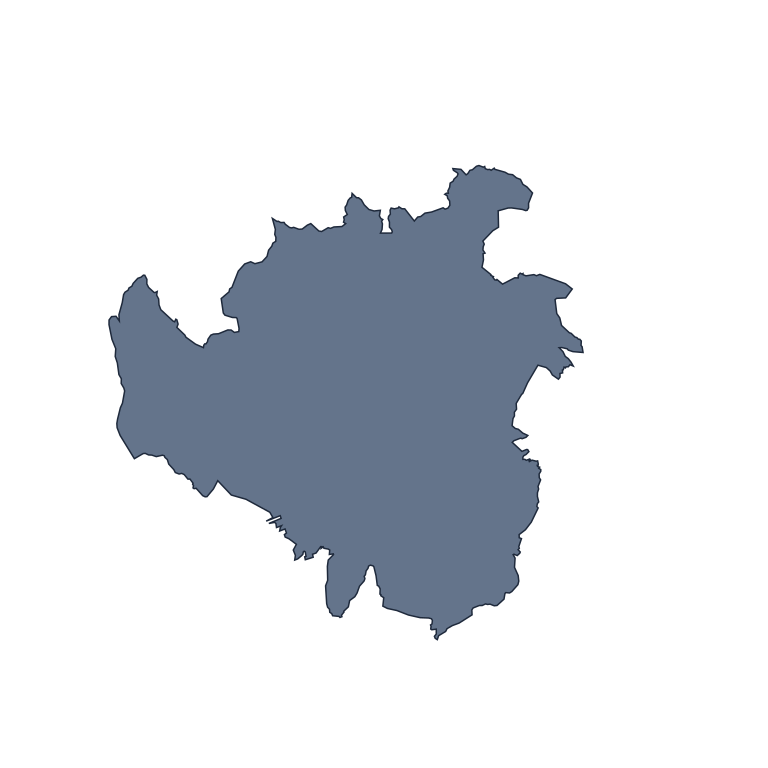 Aquixtla, Puebla, Mexico, rotated 49°
{"feature_id": "50627088B80645890031295", "entity_name": "Aquixtla", "entity_type": "district", "adm_level": 2, "iso_a3": "MEX", "parent_name": "Mexico", "parent_adm1": "Puebla", "projection": "albers", "projection_center": [-97.929, 19.78], "detail": "fine", "context": "isolated", "style": "filled", "palette": "slate", "viewbox_px": 768, "rotation_deg": 49, "n_neighbors": 0, "source": "geoboundaries", "source_scale": "gbopen_adm2", "svg_char_len": 6170}
<svg xmlns="http://www.w3.org/2000/svg" viewBox="0 0 768 768"><g transform="rotate(49 384 384)"><path d="M435.8,179.6L427.5,181.2L403.5,194.5L402.3,197.9L399.8,199.1L395.5,205.9L392.8,207.3L391.8,206.6L391.6,207.7L389.7,208.5L390.0,211.4L392.0,213.1L389.6,215.7L386.4,229.0L379.2,230.2L379.3,231.1L378.0,232.1L374.8,231.8L374.7,231.0L372.1,232.1L371.6,231.5L360.2,233.5L355.6,227.5L350.7,223.8L351.5,221.9L347.8,221.4L345.5,219.1L344.2,216.6L341.0,215.6L339.7,201.4L340.8,194.7L328.2,184.2L332.6,174.9L334.7,172.3L343.1,165.0L346.1,163.3L346.8,162.0L345.9,159.3L342.4,156.3L337.3,146.6L329.0,146.8L324.5,148.2L319.1,146.8L315.3,148.8L310.4,149.6L307.3,152.4L303.6,153.7L294.7,159.5L293.4,159.2L293.0,162.9L291.3,163.5L290.2,165.1L287.9,166.3L285.9,165.3L285.5,166.8L281.4,169.0L280.3,171.4L280.3,176.7L279.1,179.0L280.2,182.7L280.0,184.8L272.5,185.1L266.6,190.7L268.3,191.4L272.8,190.1L274.0,190.3L275.2,192.5L275.3,196.7L276.3,198.8L275.8,202.3L278.6,205.4L280.2,209.1L282.2,210.3L280.9,211.8L280.7,213.7L283.4,212.8L285.6,214.1L288.9,214.4L292.3,217.0L293.2,220.4L292.1,223.2L289.8,223.8L285.4,235.3L281.9,241.0L281.7,246.4L280.1,249.0L280.9,254.2L265.4,253.4L263.5,255.5L260.1,256.5L260.5,257.5L258.7,261.1L255.9,263.2L256.8,265.4L260.0,267.8L260.5,270.6L262.0,272.4L265.3,273.6L269.2,277.0L272.5,277.0L274.6,277.9L275.1,279.2L267.8,287.7L266.1,284.1L262.1,280.1L259.6,279.0L259.1,277.0L257.1,277.8L254.1,277.2L250.5,272.8L246.9,278.0L242.4,280.9L235.8,281.4L230.3,280.3L226.8,281.0L225.4,282.5L219.2,283.0L221.9,286.0L221.4,287.4L221.9,290.6L224.4,294.8L225.0,297.3L227.8,299.4L232.0,300.5L231.5,304.9L234.0,306.3L235.3,308.4L237.8,307.7L237.6,312.4L232.6,318.8L231.5,322.2L229.4,323.6L228.0,331.0L225.8,332.8L214.9,334.0L213.8,337.6L213.4,344.1L211.4,346.7L206.5,349.4L205.6,351.3L203.9,352.6L198.6,353.7L196.5,353.4L194.4,356.0L191.6,357.1L191.2,358.1L185.8,359.6L196.1,364.6L199.4,368.3L202.5,369.4L205.3,372.1L204.8,375.5L206.4,378.3L207.3,383.3L211.0,388.6L211.8,395.9L208.5,402.5L204.3,404.4L202.0,410.4L203.2,419.9L211.3,435.3L211.0,438.1L212.8,440.5L212.7,450.8L225.0,458.7L227.7,458.9L234.3,454.8L237.0,451.9L238.2,451.9L246.9,456.9L249.2,459.2L246.9,463.1L242.9,464.0L240.7,466.5L237.5,475.9L234.4,480.0L233.5,482.7L234.7,487.4L236.3,489.5L236.9,492.0L236.1,493.0L236.5,494.6L238.1,496.4L230.3,500.1L218.7,502.8L216.4,502.2L205.4,503.2L203.7,500.1L199.6,498.2L198.5,498.6L199.7,501.2L198.2,501.9L181.5,503.7L176.7,501.9L172.0,498.3L167.8,497.3L165.4,494.5L164.8,496.8L164.0,497.5L156.7,498.3L152.8,497.3L149.5,494.3L145.0,493.2L144.0,494.2L144.0,497.2L142.7,500.5L143.5,507.3L144.8,510.2L144.2,513.4L145.3,515.6L144.8,519.3L145.7,521.9L150.9,528.2L157.8,538.6L162.8,542.4L157.1,541.8L154.4,545.4L155.3,549.5L158.8,552.6L171.8,560.0L181.4,563.3L186.9,568.8L193.1,571.4L203.0,577.9L207.7,578.8L211.2,582.0L216.4,583.0L219.1,584.3L226.9,594.0L229.0,598.6L235.7,608.1L238.5,611.5L241.9,614.1L249.7,616.9L276.6,621.4L278.5,611.4L279.7,609.7L283.1,608.2L285.3,605.9L289.4,603.5L292.4,597.9L294.0,596.9L295.7,597.5L298.9,597.1L303.2,599.0L310.7,598.8L313.9,599.6L317.5,597.7L318.8,595.3L321.3,594.2L327.1,594.4L328.5,592.8L333.6,593.2L334.1,594.2L335.7,594.4L337.1,596.3L338.4,596.0L339.5,594.2L349.3,594.1L351.8,593.0L352.9,591.5L351.3,581.6L347.9,572.9L367.6,572.1L380.4,563.8L405.9,554.3L411.9,555.5L410.2,562.9L415.3,548.7L417.9,549.8L413.7,562.4L416.7,557.3L418.4,557.1L421.8,559.3L423.7,554.3L424.3,556.4L426.5,559.2L428.5,553.8L432.5,555.4L432.3,558.0L434.7,559.0L438.4,557.3L447.5,555.3L449.8,561.4L455.2,563.3L458.3,566.9L459.4,563.9L459.5,559.8L459.4,557.1L457.8,555.1L457.8,554.0L459.1,553.6L462.9,555.9L462.4,557.2L465.0,558.7L468.3,551.1L465.6,549.6L467.0,546.2L465.2,538.4L465.9,537.7L466.8,539.0L467.0,536.7L468.6,537.1L472.0,534.4L473.7,533.9L476.8,537.1L478.9,533.7L479.6,534.0L480.3,541.6L484.5,546.4L495.2,555.3L498.0,560.5L512.2,571.4L515.5,573.0L518.2,572.9L520.7,574.7L523.0,574.1L525.2,574.8L529.9,570.4L531.3,570.4L532.0,568.4L530.6,567.8L529.9,563.9L529.1,563.5L528.8,557.1L524.9,552.0L525.4,545.6L524.1,541.5L520.5,535.1L519.6,528.3L518.4,526.1L516.1,525.1L515.8,523.2L513.3,520.1L512.6,517.0L511.3,515.1L511.8,513.1L514.0,511.6L515.4,511.6L523.5,515.8L531.6,521.2L533.0,520.6L536.1,521.3L539.9,524.9L540.9,524.5L541.7,525.3L545.1,524.4L550.9,530.6L555.6,528.7L563.4,522.9L574.4,517.1L584.1,510.0L589.9,503.8L592.3,502.2L594.2,502.6L596.6,505.2L596.4,507.0L597.8,507.5L599.6,509.5L600.8,509.2L603.3,505.4L607.0,508.6L607.5,511.5L609.5,512.2L611.9,511.5L609.8,507.9L611.2,499.8L610.0,496.9L611.2,490.8L613.7,484.2L616.0,469.0L612.1,465.9L611.5,463.6L613.7,457.4L615.6,455.2L616.6,451.6L618.3,450.5L619.7,448.4L623.7,446.3L625.3,444.0L625.1,434.6L621.5,430.2L621.3,429.0L624.1,426.3L624.5,423.7L623.3,414.6L621.2,411.6L616.6,408.4L608.0,405.8L601.4,399.3L597.5,398.5L597.7,397.6L600.9,396.0L600.8,392.6L600.2,391.4L597.0,391.5L596.8,389.7L595.1,388.9L590.9,381.7L588.7,382.8L586.3,380.8L586.8,372.9L584.9,363.5L578.7,349.0L576.7,349.0L574.9,346.7L574.5,344.6L569.5,342.0L566.7,339.5L564.7,336.2L562.4,335.0L559.1,328.7L556.6,328.3L553.7,326.0L552.7,322.9L551.4,321.8L549.2,322.5L548.9,321.1L547.0,322.2L545.9,321.7L546.4,320.9L545.7,320.1L542.8,318.5L542.1,319.8L538.6,322.2L537.9,325.2L537.1,324.9L537.0,323.3L536.2,323.2L534.9,326.7L533.3,327.1L532.0,328.6L530.4,327.3L529.8,325.5L530.4,323.1L530.1,319.0L527.8,318.6L527.0,319.3L525.3,324.1L512.2,325.5L512.0,323.3L514.0,317.7L514.7,316.2L515.9,315.7L517.4,311.8L517.2,309.2L512.0,311.5L506.3,312.3L503.7,314.1L499.5,314.7L494.7,309.3L493.7,306.5L490.8,304.1L490.0,300.5L485.4,297.0L482.1,287.0L482.2,285.5L477.3,274.9L470.8,255.5L478.1,250.7L483.3,250.1L487.6,251.0L494.8,249.2L494.3,246.6L491.5,244.3L492.8,241.9L490.5,240.2L490.9,239.4L489.4,237.0L490.9,236.5L490.5,235.3L491.9,233.6L491.5,231.0L494.6,229.4L490.2,228.5L485.8,228.3L482.1,229.1L477.0,227.7L471.5,228.0L473.1,225.9L477.7,222.6L479.3,222.7L483.5,220.2L490.8,213.1L485.8,210.0L484.2,210.0L481.0,206.9L478.7,206.9L477.7,207.9L475.5,208.0L473.8,209.1L468.6,209.5L466.9,210.5L456.3,211.6L449.5,208.0L444.2,207.4L432.5,199.5L432.6,197.5L438.2,190.4L435.8,179.6Z" fill="#64748b" stroke="#1e293b" stroke-width="1.5"/></g></svg>